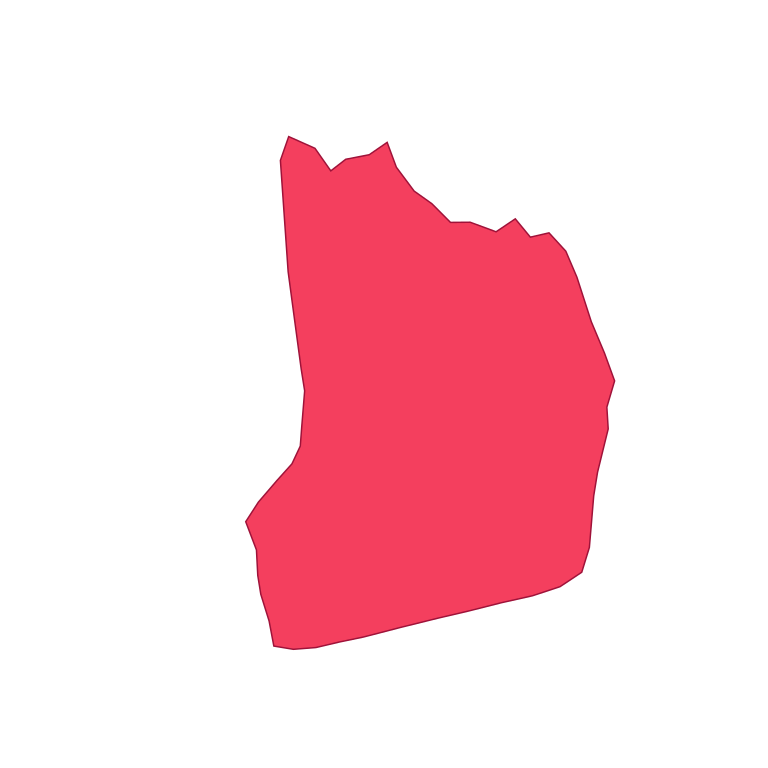 outline of Riachão do Poço, Paraíba, Brazil, rotated 331°
{"feature_id": "56859067B79457448818659", "entity_name": "Riachão do Poço", "entity_type": "district", "adm_level": 2, "iso_a3": "BRA", "parent_name": "Brazil", "parent_adm1": "Paraíba", "projection": "robinson", "projection_center": [-35.291, -7.148], "detail": "fine", "context": "isolated", "style": "filled", "palette": "rose", "viewbox_px": 768, "rotation_deg": 331, "n_neighbors": 0, "source": "geoboundaries", "source_scale": "gbopen_adm2", "svg_char_len": 831}
<svg xmlns="http://www.w3.org/2000/svg" viewBox="0 0 768 768"><g transform="rotate(331 384 384)"><path d="M160.6,559.8L176.1,572.1L196.7,581.5L219.8,588.0L243.6,595.4L280.0,604.8L317.8,615.0L348.1,623.6L380.6,632.2L411.2,641.2L439.7,646.6L465.7,644.5L484.4,626.5L497.0,607.7L513.2,583.5L528.0,564.7L544.3,547.1L558.3,532.0L567.7,512.3L587.2,493.1L591.8,464.0L595.5,430.0L604.5,384.2L607.4,356.0L601.6,331.8L583.2,326.5L578.9,303.2L555.8,305.2L537.8,284.3L520.5,274.9L513.3,249.6L503.9,229.9L499.9,200.4L503.9,174.2L482.2,176.3L459.5,168.9L440.8,171.8L437.9,144.4L420.6,121.4L401.8,138.2L354.6,239.3L334.4,290.9L318.9,330.6L311.3,351.5L291.2,381.7L280.7,397.7L264.8,409.2L243.6,416.5L216.9,426.4L196.3,437.4L192.0,467.3L180.8,490.2L174.3,508.2L168.6,535.6L160.6,559.8Z" fill="#f43f5e" stroke="#9f1239" stroke-width="1.5"/></g></svg>